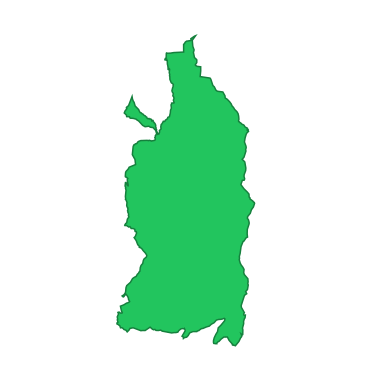 Uricani, Hunedoara, Romania, rotated 105°
{"feature_id": "2599482B26293441607142", "entity_name": "Uricani", "entity_type": "district", "adm_level": 2, "iso_a3": "ROU", "parent_name": "Romania", "parent_adm1": "Hunedoara", "projection": "natural_earth1", "projection_center": [23.022, 45.316], "detail": "fine", "context": "isolated", "style": "filled", "palette": "green", "viewbox_px": 384, "rotation_deg": 105, "n_neighbors": 0, "source": "geoboundaries", "source_scale": "gbopen_adm2", "svg_char_len": 6097}
<svg xmlns="http://www.w3.org/2000/svg" viewBox="0 0 384 384"><g transform="rotate(105 192 192)"><path d="M239.6,247.9L241.5,248.4L241.8,248.1L241.3,246.6L242.2,244.0L241.5,243.0L243.0,241.3L242.5,239.3L242.9,237.5L244.5,237.0L244.9,236.5L244.7,235.6L246.0,234.9L249.7,235.3L251.0,236.1L253.4,233.3L256.9,230.8L258.6,228.2L259.1,228.4L259.2,227.1L259.9,225.6L261.2,224.1L262.9,221.4L264.4,219.7L265.1,219.2L266.8,219.3L268.9,220.9L270.6,221.3L273.8,221.1L276.1,222.2L278.3,222.4L282.0,221.8L282.4,222.2L284.4,222.7L285.6,223.5L288.0,224.1L289.3,225.6L291.0,227.0L295.2,228.1L299.3,230.8L301.3,231.0L305.7,230.3L307.0,230.4L308.8,231.1L310.5,232.6L311.2,231.3L310.5,230.6L309.8,230.6L309.0,230.0L307.0,230.0L307.4,229.9L308.9,227.8L310.6,226.2L312.4,225.4L313.8,223.9L314.3,224.0L315.8,225.5L316.2,226.4L318.6,228.6L320.8,231.6L325.0,229.4L326.7,228.1L327.1,228.4L327.5,229.5L327.4,230.1L326.9,230.9L326.9,231.5L327.5,232.4L328.8,231.4L332.0,231.9L334.2,230.8L334.8,231.1L336.9,229.8L337.7,230.5L338.8,230.4L339.2,228.8L340.0,227.0L341.7,225.9L341.2,224.6L341.6,223.3L342.4,222.2L342.6,220.0L343.9,218.4L341.7,217.1L339.8,216.6L338.4,213.7L339.2,205.5L338.5,203.7L337.9,201.4L333.4,197.5L334.8,194.7L335.0,193.3L334.3,192.3L335.0,191.0L334.5,188.7L333.5,186.5L334.1,184.8L333.4,175.2L332.4,172.8L332.0,171.2L331.0,169.4L329.3,168.9L327.2,167.4L326.4,166.0L326.3,164.6L325.7,164.1L327.2,162.9L328.0,162.7L333.9,164.3L334.4,162.6L335.2,162.6L335.7,162.4L334.7,161.7L333.6,159.6L331.6,158.5L328.9,157.8L328.3,157.3L326.6,155.0L325.6,151.2L324.8,150.8L324.0,149.4L323.5,149.2L321.5,147.5L321.0,146.2L318.5,143.0L317.1,140.6L314.7,139.1L312.5,136.8L309.4,135.3L308.0,132.9L307.9,132.1L306.9,129.9L305.7,128.2L306.1,127.3L308.0,127.2L313.4,129.7L316.4,131.5L320.3,131.2L323.3,132.1L327.0,132.8L329.8,132.8L331.6,132.4L332.6,131.8L332.4,129.7L332.0,129.3L332.1,128.8L331.3,128.8L330.0,128.2L329.4,127.3L326.4,125.7L323.9,123.7L322.9,120.3L325.7,117.8L328.6,113.4L329.1,113.5L329.4,112.7L329.1,112.5L329.3,110.3L324.2,108.0L320.4,107.3L318.8,106.6L317.8,106.8L316.3,107.9L316.8,106.6L316.8,106.2L316.5,106.1L312.0,107.2L310.4,108.0L305.9,108.0L303.5,108.7L300.9,108.6L299.9,108.2L297.5,108.5L297.1,108.6L297.5,109.2L297.3,110.2L295.9,110.5L295.0,110.2L290.7,114.4L289.0,115.1L278.6,114.6L277.4,114.0L276.1,112.8L274.3,114.4L271.8,113.2L267.3,113.6L265.8,114.5L264.4,114.5L261.3,115.6L258.2,120.1L256.5,121.2L253.3,121.7L251.5,123.4L249.6,125.8L248.1,127.1L245.1,128.9L244.0,128.9L242.0,129.6L239.0,129.6L232.1,130.5L227.7,130.0L226.6,129.8L225.9,129.1L222.8,128.1L222.0,127.6L221.2,126.7L218.1,127.9L213.8,128.9L207.9,128.6L206.5,129.0L204.2,130.3L203.1,131.7L201.3,131.9L197.5,130.2L193.8,130.0L190.5,128.8L186.8,128.6L185.9,129.2L185.8,130.0L185.1,130.7L183.7,134.1L182.6,134.5L182.1,135.5L179.3,136.4L177.8,138.5L175.4,142.7L172.2,146.7L167.7,146.4L167.1,144.7L165.7,144.5L163.5,145.8L161.7,146.1L157.5,145.7L154.9,146.2L149.3,148.8L147.4,152.0L145.0,150.8L138.5,150.5L137.0,151.2L135.3,151.1L133.8,151.7L130.1,154.3L126.0,154.7L122.1,154.6L120.8,154.3L118.8,153.1L118.5,153.4L118.3,154.1L118.0,153.9L117.8,154.5L117.5,154.2L117.3,154.5L116.9,154.2L116.6,155.0L115.9,155.3L115.6,157.1L115.2,157.9L114.1,158.9L113.7,160.1L113.7,161.0L112.6,163.0L112.7,163.4L111.9,164.6L111.9,165.2L110.9,165.5L109.6,165.5L106.6,166.6L104.5,167.7L102.8,169.4L101.2,172.2L99.6,173.8L98.4,175.7L96.8,176.9L95.1,179.0L93.3,182.0L92.6,184.3L90.6,185.0L87.4,188.1L88.1,193.6L87.4,195.3L84.7,197.6L83.7,199.4L78.2,203.0L77.3,204.1L78.4,214.0L72.9,214.9L68.8,216.0L69.3,219.6L68.8,221.4L68.1,221.7L65.8,220.9L63.3,221.5L62.8,221.9L61.5,224.4L56.7,226.8L55.1,226.7L54.1,226.8L51.1,228.9L45.4,231.0L40.1,229.0L40.8,229.9L44.2,232.8L45.6,232.2L46.1,232.5L47.7,236.3L49.0,237.3L50.3,237.6L51.6,238.3L59.0,236.3L62.0,245.6L63.5,248.9L64.3,251.6L64.3,252.6L64.7,252.7L69.9,251.5L69.9,252.3L70.4,252.4L70.4,251.6L71.7,252.7L71.1,251.4L71.4,250.8L71.2,250.0L74.8,248.9L77.1,247.6L77.5,247.7L78.3,246.9L79.1,247.1L79.8,246.8L79.9,246.5L78.9,245.8L79.2,245.4L82.5,244.9L84.6,243.8L85.6,243.8L86.2,243.3L88.9,242.5L91.6,240.5L92.0,240.0L92.2,239.0L93.1,237.8L94.3,237.8L94.9,237.5L96.5,237.7L99.4,237.6L100.4,237.0L101.8,235.5L104.1,235.4L104.7,234.5L105.8,233.8L106.5,233.6L108.1,233.8L110.3,232.4L110.8,232.6L110.9,233.4L111.4,234.7L112.1,234.5L113.3,234.8L116.4,233.6L118.6,233.9L121.4,233.4L125.1,233.3L126.2,234.7L127.6,234.7L129.5,236.3L130.8,236.6L131.2,237.2L131.1,238.0L133.8,238.6L134.7,239.2L137.2,239.0L139.0,238.2L141.1,239.4L142.4,238.8L144.6,239.0L145.1,239.9L144.4,240.0L142.5,241.8L141.6,242.4L140.8,242.4L140.2,243.2L139.3,243.3L138.2,244.1L136.9,244.3L135.3,245.6L135.1,246.3L134.6,246.6L133.9,247.9L133.0,248.1L133.1,248.9L133.6,249.4L132.6,249.8L132.3,250.3L132.2,251.1L132.5,251.8L132.1,252.6L132.5,253.0L132.6,253.8L132.3,254.5L131.4,255.1L131.4,255.6L130.6,256.8L130.3,258.3L129.4,259.6L129.4,260.4L128.7,261.5L128.7,262.6L126.9,264.4L126.2,264.8L123.6,269.2L120.3,271.2L119.5,272.2L117.5,273.6L115.3,274.6L124.7,275.6L126.3,276.4L126.9,277.1L127.7,277.2L128.1,276.6L128.7,276.6L130.9,277.6L133.2,277.9L134.6,275.3L136.1,274.6L135.5,271.9L136.7,270.8L136.1,268.0L136.1,264.9L136.6,264.0L137.2,261.9L140.4,256.9L141.1,254.2L139.6,250.7L140.2,249.1L139.9,246.0L141.1,244.5L141.8,243.1L144.9,241.2L147.2,242.0L148.3,241.7L149.0,242.0L150.3,241.1L151.7,241.3L153.3,244.5L153.0,245.0L153.2,245.7L153.1,246.8L153.7,247.4L153.7,248.6L155.6,254.8L156.7,256.4L157.7,257.3L159.5,257.9L160.2,259.2L161.3,259.8L161.6,260.4L163.4,260.6L171.4,259.3L175.3,255.5L180.1,253.6L184.3,259.1L186.4,259.6L189.1,261.0L190.1,261.2L191.5,261.0L194.1,260.5L194.7,260.1L194.6,259.5L195.5,257.5L196.3,257.8L198.0,257.3L202.0,255.3L202.6,255.4L202.2,256.3L200.3,257.8L199.9,258.3L200.1,258.7L203.5,258.2L204.9,257.2L205.6,257.2L207.3,256.2L213.5,255.2L215.8,254.3L216.3,254.4L217.0,253.5L218.9,252.1L221.9,251.6L223.3,250.8L223.7,250.0L224.4,249.9L224.9,249.4L226.9,249.4L227.3,248.9L228.4,248.6L228.7,248.1L230.5,247.3L231.3,247.4L232.4,246.5L235.0,247.4L238.7,247.1L239.6,247.9Z" fill="#22c55e" stroke="#15803d" stroke-width="1.5"/></g></svg>